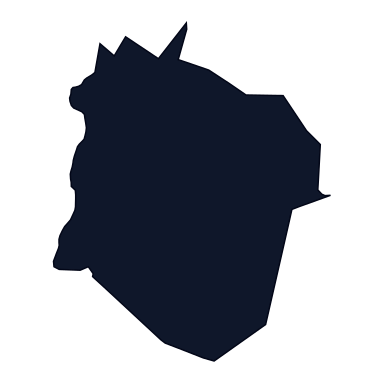 outline of Nova Santa Rita, Piauí, Brazil
{"feature_id": "56859067B4327076074901", "entity_name": "Nova Santa Rita", "entity_type": "district", "adm_level": 2, "iso_a3": "BRA", "parent_name": "Brazil", "parent_adm1": "Piauí", "projection": "natural_earth1", "projection_center": [-42.096, -8.116], "detail": "fine", "context": "isolated", "style": "filled", "palette": "ink", "viewbox_px": 384, "rotation_deg": 0, "n_neighbors": 0, "source": "geoboundaries", "source_scale": "gbopen_adm2", "svg_char_len": 1117}
<svg xmlns="http://www.w3.org/2000/svg" viewBox="0 0 384 384"><path d="M186.3,23.0L158.4,58.7L125.6,36.8L114.2,55.9L100.0,43.7L94.9,72.5L91.6,75.1L86.9,77.9L84.4,79.9L81.6,84.6L78.6,86.3L75.3,87.2L73.0,87.5L71.3,89.4L70.9,94.3L69.6,98.0L70.0,101.3L71.4,105.5L73.7,108.0L81.8,111.7L84.4,114.4L84.9,118.2L85.8,123.5L86.4,127.8L85.9,132.1L85.0,135.9L84.1,139.2L82.4,141.1L79.3,144.2L77.5,146.7L76.5,149.9L74.4,156.1L73.3,160.3L73.0,163.0L72.2,167.1L71.0,171.0L70.3,174.1L70.6,179.0L71.2,182.3L71.3,186.4L75.3,190.2L75.7,194.9L75.7,198.6L75.5,206.9L74.9,210.3L73.6,213.2L70.5,219.9L66.6,224.4L64.7,226.5L62.4,230.6L60.0,235.6L59.0,239.3L59.0,242.6L59.2,245.4L58.5,248.3L56.3,253.8L55.2,256.8L53.5,261.3L54.0,266.7L59.2,269.4L80.2,270.2L88.3,266.7L93.2,273.7L92.6,276.6L106.9,289.7L161.0,339.9L165.2,343.1L178.8,348.3L203.3,357.9L214.1,361.0L265.6,324.5L267.5,316.3L289.1,221.8L291.9,209.4L299.4,206.5L330.5,195.3L325.0,195.6L321.8,194.2L317.8,189.9L320.3,144.5L306.5,130.7L283.1,95.6L275.0,95.5L246.0,95.0L229.4,83.6L208.8,70.1L178.2,59.6L186.7,29.3L186.3,23.0Z" fill="#0f172a" stroke="#020617" stroke-width="1.5"/></svg>